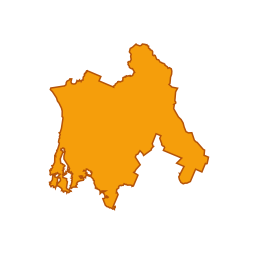 outline of Dunedin City, Otago, New Zealand, rotated 113°
{"feature_id": "76426892B14381320629181", "entity_name": "Dunedin City", "entity_type": "district", "adm_level": 2, "iso_a3": "NZL", "parent_name": "New Zealand", "parent_adm1": "Otago", "projection": "natural_earth1", "projection_center": [170.467, -45.641], "detail": "fine", "context": "isolated", "style": "filled", "palette": "amber", "viewbox_px": 256, "rotation_deg": 113, "n_neighbors": 0, "source": "geoboundaries", "source_scale": "gbopen_adm2", "svg_char_len": 5959}
<svg xmlns="http://www.w3.org/2000/svg" viewBox="0 0 256 256"><g transform="rotate(113 128 128)"><path d="M139.5,49.7L139.6,42.8L130.4,42.9L130.2,41.5L129.7,41.3L123.4,42.5L123.4,47.3L118.4,48.9L118.3,50.4L114.2,58.8L114.3,59.6L113.4,62.1L107.4,67.4L108.9,70.5L108.7,73.2L105.3,76.6L101.8,79.3L99.5,82.4L98.1,86.0L92.4,93.5L88.5,94.5L88.4,95.1L86.5,93.8L85.5,94.2L84.9,95.3L84.1,95.7L76.1,98.3L72.0,97.9L73.2,103.4L71.9,107.3L70.5,106.8L64.6,108.7L61.4,108.9L58.5,109.9L56.6,111.3L56.3,113.5L57.4,114.5L56.3,115.7L55.8,118.5L55.0,118.9L54.6,120.3L55.0,121.8L54.6,122.4L54.8,124.1L53.3,126.4L53.6,128.4L50.7,131.3L50.7,132.3L51.4,132.7L51.2,133.8L48.0,135.2L47.3,136.3L47.3,138.2L46.7,138.6L46.3,140.4L44.6,141.0L44.7,142.3L43.9,143.2L44.5,144.1L44.3,144.8L45.1,147.6L46.7,148.0L47.8,149.3L48.0,152.7L47.6,153.4L51.9,155.4L53.9,157.0L57.4,156.5L58.9,153.9L60.9,153.6L63.8,151.8L66.3,152.0L66.3,153.0L67.5,153.8L68.4,153.0L69.5,152.8L70.6,151.0L71.7,150.3L72.1,148.0L71.6,147.1L74.2,143.6L75.0,144.2L77.7,144.3L78.6,144.9L79.3,145.7L78.9,146.2L79.5,146.5L79.2,147.2L80.4,148.6L80.6,149.9L81.4,149.8L81.7,150.7L82.3,150.6L82.3,151.0L83.6,152.3L86.6,151.3L88.6,153.2L88.7,154.6L89.4,155.5L90.0,155.3L92.6,156.8L93.5,156.6L95.2,157.7L96.0,157.2L96.0,173.1L91.2,173.1L91.2,186.7L91.6,187.4L91.1,187.8L91.4,188.3L92.7,188.1L92.6,188.5L94.3,188.5L94.2,188.9L95.5,189.3L96.8,188.5L98.6,189.1L101.5,188.2L101.9,189.1L103.4,189.3L102.9,189.7L103.6,191.0L102.8,191.4L104.6,192.2L104.2,193.5L106.6,193.3L108.1,194.0L108.8,195.3L109.1,197.2L107.9,198.5L104.8,199.0L105.5,200.7L106.3,200.5L108.7,202.4L110.2,202.6L112.5,202.0L114.1,202.9L121.4,214.7L123.0,214.5L124.1,211.7L128.2,205.6L130.7,203.5L132.2,201.0L135.7,197.0L138.1,195.2L143.3,193.1L143.4,192.4L144.3,191.7L154.4,189.1L158.5,188.7L159.3,189.5L160.5,187.8L162.4,187.9L164.0,186.9L164.7,187.2L167.4,186.7L168.2,186.4L168.6,185.4L170.2,184.9L175.6,184.4L176.4,184.9L177.2,184.3L180.2,184.6L181.4,184.0L181.2,184.3L181.7,184.7L188.3,182.1L191.7,182.3L192.4,183.3L193.7,182.0L195.2,182.2L195.8,183.0L196.8,182.3L197.5,183.5L199.7,181.9L201.3,181.6L201.6,181.0L200.1,179.5L200.2,178.3L199.3,178.3L198.7,177.5L198.3,176.6L198.6,176.1L198.1,175.7L197.6,176.1L197.6,175.5L196.7,175.3L197.4,174.1L197.1,172.4L200.8,173.7L201.5,174.7L201.6,176.3L199.3,176.8L200.6,177.9L200.5,178.8L205.3,177.4L207.6,177.8L208.6,178.9L209.2,177.6L210.0,178.3L210.5,178.1L212.1,175.9L210.9,175.5L210.5,174.6L210.8,173.8L211.8,173.4L210.8,172.0L211.7,171.3L207.0,171.5L206.5,172.1L205.3,171.9L202.2,173.1L201.0,172.6L200.8,171.6L200.4,171.4L201.6,170.1L202.9,169.6L206.8,171.1L209.0,171.1L208.7,169.0L209.3,166.5L210.0,165.0L211.5,164.7L211.0,164.2L212.1,162.6L212.1,162.2L211.2,162.4L210.5,160.9L210.7,159.1L211.3,159.1L211.6,158.9L211.0,158.8L210.6,157.3L208.5,156.3L208.4,155.8L207.9,156.4L208.4,157.5L207.5,158.0L208.1,158.8L208.0,159.9L207.2,161.3L201.1,162.8L200.3,164.1L198.6,164.7L199.0,168.6L196.6,169.5L196.0,169.0L196.4,168.3L194.1,166.8L193.8,167.7L195.6,169.9L194.3,169.7L193.8,170.1L193.9,170.6L192.4,170.9L192.5,171.4L190.9,170.9L191.1,171.5L189.7,172.0L187.5,171.2L186.8,173.0L187.2,173.8L186.6,174.4L186.6,176.2L182.9,178.3L175.8,178.5L174.9,178.9L175.1,179.2L173.6,181.3L171.8,180.2L171.7,179.2L172.4,178.6L171.5,178.6L174.1,177.3L173.7,177.3L175.1,177.2L174.7,176.7L178.8,176.0L181.6,174.8L186.5,167.7L187.5,168.2L188.0,167.5L187.3,167.0L188.0,166.0L189.4,165.8L189.9,166.2L189.6,167.5L190.1,167.4L191.0,166.3L191.0,165.7L191.9,165.7L191.9,164.6L191.1,164.7L191.8,163.4L191.3,163.7L191.1,163.4L191.5,163.4L190.9,163.2L191.8,162.5L191.4,161.9L191.9,160.9L194.5,161.2L195.1,160.0L195.7,159.9L196.4,160.7L196.7,159.6L197.5,159.1L198.4,159.5L199.0,158.7L202.8,158.1L203.5,158.7L205.0,157.6L206.2,158.1L206.7,158.8L206.5,158.1L205.0,157.2L205.6,156.6L203.8,155.4L202.4,152.2L201.7,153.5L199.6,152.8L199.1,153.7L197.3,153.3L195.6,151.8L193.5,148.7L192.4,148.6L191.6,149.4L191.6,150.2L192.6,151.5L191.9,151.6L192.3,152.5L191.4,153.9L190.4,152.6L190.8,151.9L190.2,151.7L190.1,151.0L192.0,150.8L191.5,150.2L191.5,149.6L189.9,148.2L190.1,147.8L189.2,148.1L186.8,147.5L186.1,147.9L186.7,148.0L186.6,149.3L185.4,148.9L183.9,150.4L182.6,149.9L182.0,150.2L181.8,149.1L182.3,147.8L182.3,145.2L183.1,145.0L183.4,144.2L183.1,144.0L183.4,143.8L185.7,143.4L186.5,145.0L186.6,147.1L187.5,146.5L187.3,142.9L188.8,139.8L189.6,139.5L189.7,138.5L192.1,137.6L194.4,135.1L195.9,134.5L195.5,134.1L196.2,133.4L195.6,132.8L196.2,131.6L196.1,130.2L197.4,128.7L199.4,128.0L198.7,127.6L197.0,128.3L196.1,127.3L194.8,124.1L196.7,125.5L196.7,126.7L197.6,127.9L197.2,126.3L197.8,124.6L199.0,123.1L200.8,122.1L200.5,121.3L198.9,121.1L199.4,119.2L199.9,119.4L199.8,120.2L200.9,120.0L199.8,120.7L200.3,120.8L201.0,122.0L202.0,122.1L202.8,123.6L207.9,118.7L208.6,116.6L208.3,115.2L208.7,113.8L208.2,113.0L208.4,111.4L208.0,110.5L208.5,110.3L208.0,109.6L208.2,108.8L207.3,109.2L207.5,109.6L206.3,108.7L205.2,109.2L206.3,111.0L193.2,111.1L191.8,112.6L191.6,113.0L192.1,113.4L189.0,114.4L186.8,113.1L185.6,113.7L184.5,113.3L183.8,112.7L183.8,111.8L183.1,111.2L182.6,110.0L180.8,109.8L181.0,108.2L180.5,107.3L180.9,106.5L179.6,103.5L179.4,102.2L179.8,101.7L179.1,101.1L179.9,101.2L179.3,100.4L167.5,100.4L166.6,105.4L165.1,104.6L163.2,104.5L157.1,102.4L151.9,109.9L150.2,110.0L149.2,109.9L148.4,108.8L144.2,108.1L145.8,104.4L147.2,102.9L139.0,98.0L138.0,98.4L134.9,97.3L134.9,97.9L132.9,99.6L122.3,99.9L122.2,94.7L125.1,94.7L129.3,90.8L130.2,90.5L130.9,89.2L130.8,87.7L131.6,86.7L134.8,86.7L134.7,66.8L141.4,69.5L141.5,61.4L149.8,62.0L149.8,62.8L150.8,61.9L153.1,62.2L155.4,60.5L157.4,58.0L157.8,55.4L156.4,53.8L155.7,52.2L152.9,49.7L139.5,49.7ZM183.7,150.5L184.6,151.5L184.9,152.1L184.1,152.0L184.1,151.1L183.7,151.5L183.9,151.1L183.7,150.5ZM173.8,181.4L174.1,180.8L175.2,181.1L173.8,181.4ZM193.4,167.7L191.9,167.3L192.6,167.6L192.5,168.0L193.4,167.7ZM191.4,166.4L191.2,166.8L191.5,167.1L191.4,166.4Z" fill="#f59e0b" stroke="#b45309" stroke-width="1.5"/></g></svg>